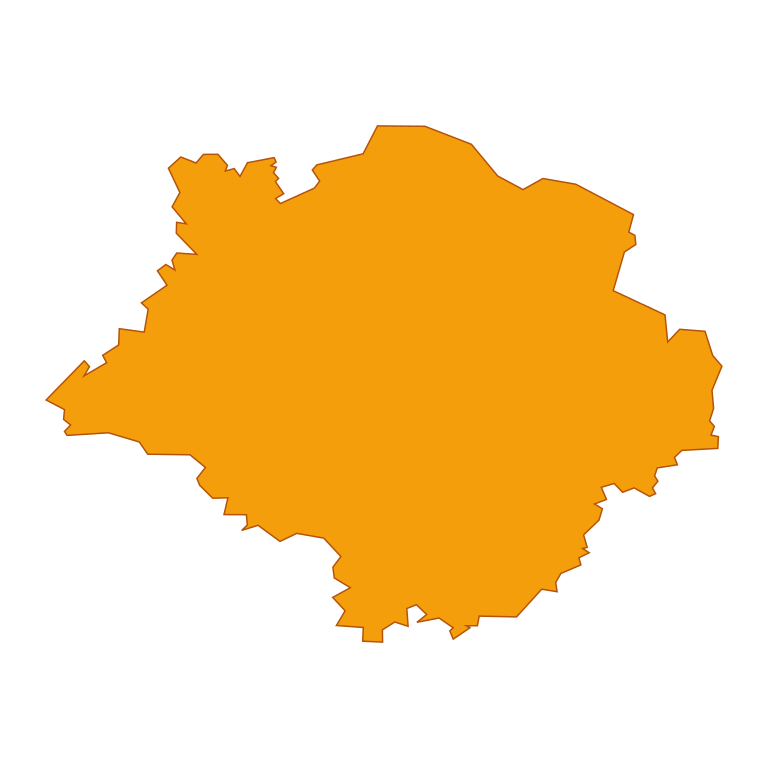 the district of Kalētu pag., Priekules, Latvia
{"feature_id": "27541924B96386637120748", "entity_name": "Kalētu pag.", "entity_type": "district", "adm_level": 2, "iso_a3": "LVA", "parent_name": "Latvia", "parent_adm1": "Priekules", "projection": "mercator", "projection_center": [21.495, 56.335], "detail": "medium", "context": "isolated", "style": "filled", "palette": "amber", "viewbox_px": 768, "rotation_deg": 0, "n_neighbors": 0, "source": "geoboundaries", "source_scale": "gbopen_adm2", "svg_char_len": 1923}
<svg xmlns="http://www.w3.org/2000/svg" viewBox="0 0 768 768"><path d="M633.5,214.6L575.7,184.2L542.9,178.5L523.0,189.6L497.7,176.0L471.4,144.3L424.9,126.3L377.5,125.9L363.1,153.8L316.8,164.9L312.3,170.0L319.7,181.1L314.4,188.1L280.4,203.5L275.5,198.5L283.7,193.7L275.4,181.6L278.6,178.4L273.5,172.7L276.4,167.3L270.8,165.7L276.1,162.1L274.1,157.6L247.5,162.7L240.0,176.4L234.2,168.6L225.3,171.0L227.5,165.4L217.9,154.3L203.4,154.4L196.1,163.0L180.8,157.0L168.4,168.2L179.9,192.5L172.1,206.8L186.2,223.8L176.6,222.3L176.3,233.2L196.8,254.4L176.8,253.0L172.0,260.1L174.9,270.0L165.8,264.5L157.4,270.8L167.0,285.2L141.4,302.9L148.2,309.2L144.2,332.1L119.3,328.7L118.7,344.9L102.7,355.3L106.6,362.7L84.0,375.9L89.5,366.6L84.3,360.8L46.1,400.0L64.5,409.6L63.6,419.4L70.6,425.0L64.5,431.4L67.1,435.4L108.5,432.8L139.3,442.0L147.7,454.2L190.0,454.8L205.4,467.4L196.9,478.4L199.7,485.3L212.7,498.2L227.9,497.8L224.0,514.6L246.4,514.7L247.3,525.0L241.7,530.4L258.0,525.3L280.0,541.4L296.8,533.4L323.7,538.1L340.9,556.5L332.9,567.2L334.3,578.0L350.3,587.7L332.7,597.4L345.1,610.8L336.4,625.5L363.3,627.5L362.7,641.2L382.6,642.1L382.4,629.9L394.8,622.0L408.1,626.3L406.8,608.5L416.4,604.7L426.7,614.5L416.9,622.3L439.1,618.0L453.2,627.8L449.8,630.9L453.2,639.1L469.9,627.8L466.3,625.8L477.4,625.7L479.2,616.1L516.5,616.9L541.7,589.2L557.1,591.7L555.7,582.5L560.9,573.4L580.9,564.9L578.9,557.8L589.2,552.7L582.6,548.5L587.2,547.4L583.6,534.9L599.0,520.1L602.4,508.8L594.5,504.0L606.5,499.4L601.3,487.3L614.2,483.5L622.6,492.3L634.1,487.9L649.5,496.4L655.6,493.6L652.4,488.0L657.9,481.2L654.6,475.9L657.3,467.9L677.4,464.8L674.5,457.4L681.8,450.4L717.8,448.4L718.4,436.6L711.0,435.1L714.4,426.4L709.6,420.9L713.6,408.3L712.0,390.4L721.9,366.2L712.7,355.5L705.0,331.3L679.7,329.3L667.7,342.0L665.0,314.9L613.2,290.7L624.4,252.0L635.8,244.5L634.9,235.4L628.8,232.1L633.5,214.6Z" fill="#f59e0b" stroke="#b45309" stroke-width="1.5"/></svg>